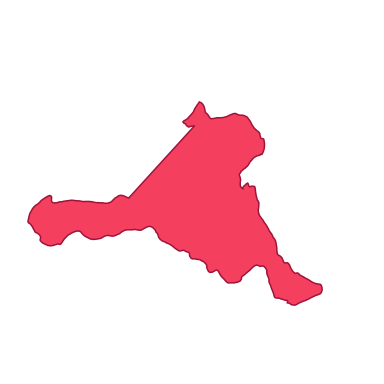 Melgaço, Pará, Brazil (Natural Earth projection), rotated 15°
{"feature_id": "56859067B49216481916383", "entity_name": "Melgaço", "entity_type": "district", "adm_level": 2, "iso_a3": "BRA", "parent_name": "Brazil", "parent_adm1": "Pará", "projection": "natural_earth1", "projection_center": [-51.032, -1.536], "detail": "fine", "context": "isolated", "style": "filled", "palette": "rose", "viewbox_px": 384, "rotation_deg": 15, "n_neighbors": 0, "source": "geoboundaries", "source_scale": "gbopen_adm2", "svg_char_len": 6085}
<svg xmlns="http://www.w3.org/2000/svg" viewBox="0 0 384 384"><g transform="rotate(15 192 192)"><path d="M340.4,248.1L339.0,248.0L337.2,248.3L335.1,248.4L333.5,248.3L331.3,247.9L327.0,246.5L325.7,246.2L324.1,245.9L321.8,245.2L317.9,244.3L315.7,243.0L315.0,242.9L314.0,243.2L313.2,243.8L312.6,243.8L310.4,242.9L308.7,241.6L306.4,239.1L305.7,238.0L305.1,237.2L304.4,236.8L304.0,236.3L303.0,235.8L302.2,235.7L300.2,236.4L299.5,236.5L298.7,235.9L298.3,235.3L297.7,234.7L297.3,234.1L296.3,232.7L295.3,231.9L293.9,231.1L291.3,230.4L290.8,230.0L290.2,229.1L290.0,228.6L289.6,227.9L288.0,223.1L286.7,220.4L286.2,219.1L285.2,217.5L283.9,216.0L282.1,214.8L281.6,214.3L281.0,213.2L279.6,211.8L276.8,209.6L276.3,209.1L275.5,208.0L275.1,207.6L272.6,205.1L271.3,203.9L270.2,203.2L267.8,200.8L265.5,199.1L263.0,196.9L261.5,194.5L260.9,193.0L260.7,192.4L260.3,189.1L259.5,185.4L259.0,184.5L258.7,184.0L257.2,182.8L256.8,182.3L255.9,180.5L254.6,178.3L252.9,174.2L252.2,172.3L251.7,171.6L251.4,170.9L251.1,170.5L248.8,170.7L248.2,170.9L246.5,172.0L245.6,171.6L245.2,171.0L244.6,170.4L244.0,169.4L243.5,169.0L242.6,169.8L242.1,170.4L242.0,171.1L241.5,171.5L240.6,172.8L240.2,174.1L240.0,174.8L240.2,175.6L239.2,175.3L238.5,174.8L237.3,173.9L237.0,173.4L236.6,172.2L236.1,170.1L235.9,168.2L235.7,167.4L235.0,166.1L234.3,164.8L233.9,164.1L233.5,163.8L233.2,163.2L233.2,162.6L233.3,161.8L233.7,161.2L234.0,160.4L234.0,159.4L235.0,158.2L235.9,156.6L237.4,154.9L237.6,154.3L238.0,153.9L238.4,153.3L239.1,152.0L239.5,150.9L240.2,148.2L240.4,147.6L241.2,146.2L242.1,144.2L243.1,142.5L244.7,141.0L245.5,140.3L246.8,139.5L248.0,138.9L248.6,137.8L249.8,137.6L250.2,136.2L250.5,133.3L250.5,131.0L250.0,128.3L249.4,126.2L247.9,122.9L247.6,122.4L247.1,122.2L245.1,122.3L244.6,122.1L244.1,121.6L243.9,121.0L243.1,119.9L242.6,118.5L241.8,117.4L241.3,117.0L239.4,116.1L237.1,115.1L236.7,114.8L235.4,114.1L233.8,112.6L233.3,112.3L232.8,111.8L230.6,109.3L229.3,108.1L226.0,105.4L223.4,104.8L222.0,104.7L220.6,104.8L220.0,105.0L217.2,105.5L216.5,105.4L214.3,104.9L212.7,105.1L210.5,106.4L209.9,107.0L208.6,107.9L206.1,110.1L204.1,111.3L202.6,112.1L201.2,112.6L197.8,113.6L196.7,113.9L194.9,114.9L192.8,115.8L191.8,116.2L190.7,116.2L189.2,115.0L188.5,114.2L187.1,113.1L186.3,112.6L184.9,112.0L184.2,111.3L183.6,110.3L182.7,108.3L181.7,106.6L180.4,105.1L179.3,104.2L178.4,103.7L177.3,103.3L175.7,103.1L175.5,104.1L174.4,106.8L173.0,111.2L172.9,112.0L172.9,112.6L172.4,114.8L172.0,115.7L168.6,122.4L167.4,123.8L165.9,125.2L165.5,125.8L165.1,126.6L165.9,127.3L166.4,127.6L168.0,127.9L168.5,128.2L169.0,128.8L169.8,129.4L172.1,130.1L175.5,127.9L176.4,127.7L177.1,127.8L132.4,214.2L131.7,214.0L131.0,214.1L127.7,213.5L125.5,213.4L124.1,213.6L122.9,214.1L122.0,214.7L121.0,216.0L119.6,217.5L119.0,218.0L118.5,219.1L118.1,219.6L117.0,221.7L116.4,222.5L115.9,223.0L114.3,224.1L113.0,224.8L110.8,225.4L108.1,225.6L107.0,226.0L105.9,226.3L104.3,226.5L102.6,227.0L99.8,227.3L98.4,227.2L96.0,227.6L94.0,228.0L91.7,228.7L88.9,229.5L85.8,229.7L81.7,230.5L78.0,231.0L70.1,234.3L69.3,234.9L66.4,235.9L64.5,237.2L62.1,238.1L61.2,238.3L60.3,238.3L59.4,237.9L58.7,237.1L58.4,236.5L57.8,233.5L57.2,232.6L56.3,232.2L55.4,232.3L54.9,232.5L54.0,233.2L52.3,235.0L51.8,235.3L50.6,236.9L49.9,237.5L49.3,238.4L48.6,239.1L47.6,241.2L46.6,242.9L46.1,243.6L45.1,244.5L43.6,246.5L42.3,249.2L41.4,253.0L41.0,254.1L40.9,256.4L40.9,258.2L41.1,261.3L41.1,262.7L41.6,263.7L42.2,264.2L43.4,264.4L45.3,265.6L47.1,267.2L48.0,268.3L49.1,269.3L50.0,270.4L50.9,271.3L52.0,271.6L52.7,271.6L55.7,272.8L56.2,273.2L57.3,274.5L57.6,275.5L57.6,277.0L57.9,278.1L58.8,278.8L60.9,279.9L63.1,280.4L64.2,280.5L66.4,280.9L69.0,280.7L71.5,279.7L75.7,277.0L76.4,276.9L77.3,276.9L78.1,276.7L78.7,276.2L79.0,275.7L80.4,271.6L80.9,270.2L83.3,265.9L86.5,262.7L88.4,261.1L90.2,259.9L92.2,259.1L93.2,259.0L93.8,259.0L95.4,259.6L96.4,260.5L99.4,262.2L101.2,262.7L101.7,262.8L105.5,263.6L106.3,263.7L107.1,263.6L108.6,263.4L110.6,262.8L114.5,261.1L115.6,260.5L116.5,259.9L117.6,258.6L118.8,257.5L120.8,256.1L122.1,255.7L126.4,255.3L128.5,254.4L132.9,250.9L134.6,248.5L135.3,247.9L136.8,246.5L138.1,245.7L140.9,244.8L143.4,244.2L145.9,243.2L146.9,242.9L150.5,242.6L151.7,242.4L152.6,242.1L156.7,238.2L158.4,236.8L159.9,236.2L160.6,236.1L161.5,236.1L163.2,236.5L165.8,237.9L166.5,238.5L167.4,239.9L169.2,241.0L170.6,242.8L171.4,244.3L173.1,245.7L175.4,246.8L177.4,247.2L178.8,247.2L180.1,247.7L183.5,248.1L186.2,249.0L188.9,250.1L190.0,250.7L194.2,252.1L194.8,252.2L195.7,252.0L196.3,251.8L197.9,250.9L198.6,250.6L199.3,250.4L201.7,251.1L203.6,251.1L204.2,251.2L204.7,251.4L205.2,251.8L205.5,252.3L206.0,253.9L206.6,254.7L207.8,255.9L208.3,256.2L209.2,256.5L210.1,256.4L212.0,255.8L214.6,255.8L216.0,255.4L217.1,255.4L217.8,255.5L219.4,256.1L220.7,256.2L221.3,256.3L223.9,257.8L224.8,258.7L225.3,259.2L225.9,261.2L226.2,261.8L228.1,264.1L229.2,264.8L229.9,264.9L230.6,264.9L232.1,264.3L233.1,263.6L233.7,262.9L235.3,261.4L235.9,261.1L236.5,261.0L237.1,261.1L238.6,262.4L240.4,264.4L242.6,266.3L244.4,267.2L246.5,268.6L247.0,268.8L248.0,269.6L249.8,270.4L250.9,270.4L252.8,269.7L254.3,269.4L256.4,268.8L259.2,267.4L261.5,265.6L261.8,264.9L262.2,263.7L262.2,263.1L261.9,261.5L262.2,260.7L264.3,258.1L266.6,254.6L268.0,252.8L269.4,250.2L270.8,248.0L272.4,246.4L273.1,246.0L274.2,245.7L276.0,246.1L277.2,246.1L277.8,245.9L279.0,245.2L279.5,245.1L280.3,245.2L280.9,245.4L282.1,246.0L282.6,246.4L284.2,247.9L284.6,248.5L284.9,250.0L285.4,251.3L286.2,252.7L287.9,254.8L289.0,256.5L289.3,257.9L290.1,259.7L291.5,261.2L292.4,262.4L293.6,264.4L295.4,266.7L295.8,267.3L297.4,269.5L298.4,271.5L299.2,272.3L299.8,272.6L300.5,272.6L304.0,272.0L305.7,272.3L308.7,272.3L310.0,272.5L311.5,272.2L312.5,272.3L312.7,272.9L312.6,273.7L312.7,274.4L313.4,274.2L314.2,274.3L314.7,274.3L315.5,274.4L316.9,275.1L318.0,275.1L320.8,274.6L321.6,274.1L324.2,271.5L327.8,268.6L329.0,267.9L330.5,266.7L333.3,264.3L335.0,262.6L335.6,262.2L339.0,259.3L340.0,258.9L342.0,257.3L342.5,256.7L343.0,254.8L343.1,254.0L343.0,252.8L342.2,250.5L341.4,249.3L340.4,248.1Z" fill="#f43f5e" stroke="#9f1239" stroke-width="1.5"/></g></svg>